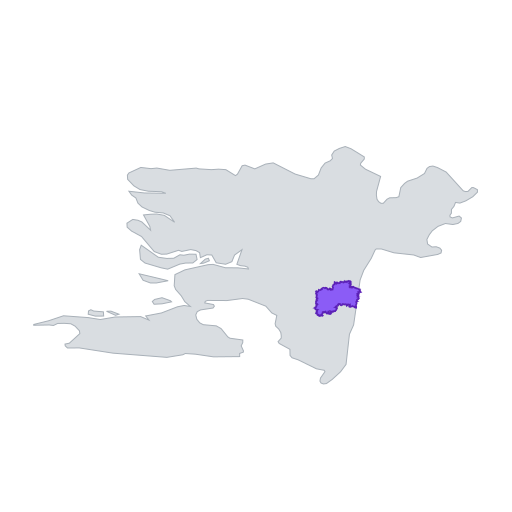 Netrakona, Dhaka, Bangladesh shown in context, rotated 100°
{"feature_id": "16705992B47191620994273", "entity_name": "Netrakona", "entity_type": "district", "adm_level": 2, "iso_a3": "BGD", "parent_name": "Bangladesh", "parent_adm1": "Dhaka", "projection": "equal_earth", "projection_center": [90.87, 24.887], "detail": "fine", "context": "in_parent", "style": "filled", "palette": "violet", "viewbox_px": 512, "rotation_deg": 100, "n_neighbors": 0, "source": "geoboundaries", "source_scale": "gbopen_adm2", "svg_char_len": 9621}
<svg xmlns="http://www.w3.org/2000/svg" viewBox="0 0 512 512"><g transform="rotate(100 256 256)"><path d="M186.6,368.9L186.6,355.8L179.8,330.1L180.1,327.3L178.7,314.9L177.0,308.0L176.2,300.7L180.4,290.2L178.7,288.5L169.5,285.3L168.4,282.6L170.4,272.3L163.8,262.5L161.3,255.2L168.5,231.7L170.4,215.4L169.9,212.3L165.5,208.6L157.9,207.1L152.5,204.1L149.4,199.5L146.7,197.6L143.4,199.0L139.1,197.2L135.6,192.6L132.7,187.1L133.9,181.0L139.6,166.6L141.7,166.2L146.5,169.0L148.3,169.0L151.5,163.3L156.0,147.1L171.5,148.5L175.2,148.0L179.1,146.7L181.2,144.7L182.4,142.1L182.0,139.8L177.3,136.8L175.5,134.5L174.2,128.1L172.8,125.6L163.5,125.3L158.7,122.3L156.0,119.7L151.3,110.9L145.5,104.4L140.0,102.8L137.8,100.7L136.7,97.4L137.4,92.6L140.3,83.3L155.8,63.3L156.2,61.0L155.6,58.5L151.1,55.3L150.9,53.7L152.2,49.5L154.7,49.0L160.0,52.8L165.3,59.0L168.5,64.4L168.6,68.8L172.8,69.7L176.2,71.6L179.9,71.0L182.2,72.1L183.8,71.7L184.4,69.2L181.4,62.9L182.9,60.3L186.4,60.4L188.9,62.8L190.8,67.6L191.1,75.1L195.2,81.9L200.6,86.8L204.9,89.0L210.0,90.6L214.4,89.1L216.6,84.3L215.6,80.1L216.3,76.3L218.1,74.2L220.9,74.3L222.9,77.3L228.9,93.6L227.6,100.8L228.9,120.7L227.3,133.8L228.2,138.8L229.3,139.7L238.3,142.1L251.4,147.4L261.5,149.3L306.9,147.9L316.8,150.4L347.1,148.5L355.3,152.6L364.3,159.5L369.4,164.5L370.3,167.4L369.8,169.9L368.1,171.3L365.0,171.3L357.9,168.0L356.7,169.0L356.6,176.9L350.9,196.6L350.0,202.8L348.0,205.2L342.0,206.4L338.1,218.0L336.5,219.4L332.5,216.9L330.1,217.3L327.0,218.3L323.9,221.0L321.8,224.3L319.4,225.4L310.9,225.2L309.3,230.6L303.7,237.6L299.9,256.2L300.2,261.9L304.9,276.8L308.2,296.1L309.5,298.1L311.1,298.3L311.2,289.4L312.7,288.3L314.7,289.3L318.7,301.2L321.0,304.2L324.5,305.1L328.6,303.3L331.6,299.8L332.8,296.0L331.7,283.0L333.6,277.7L340.5,269.8L341.5,267.4L341.0,254.4L343.6,254.0L347.1,255.0L351.6,251.9L352.9,251.8L354.8,255.2L357.9,254.6L362.7,280.4L363.2,298.6L364.3,308.7L366.0,311.0L371.3,326.2L376.5,379.9L377.2,414.0L379.3,425.7L377.6,428.3L375.9,428.8L374.3,424.7L363.0,416.0L360.3,416.9L356.5,422.0L354.9,426.6L355.6,433.2L356.9,439.7L359.6,443.4L359.8,447.5L362.8,462.9L362.0,463.0L355.8,449.0L348.3,435.2L345.8,410.5L345.6,398.3L340.5,384.0L335.7,359.1L337.7,350.3L334.2,354.2L328.5,339.2L319.7,324.6L317.2,318.2L317.1,311.9L313.3,318.2L308.2,322.7L302.9,329.3L299.5,331.4L288.4,332.6L282.0,323.6L272.9,301.8L271.7,296.8L272.9,284.0L270.8,271.9L270.1,261.2L268.5,262.1L267.9,265.1L268.2,269.6L267.5,273.4L252.2,270.9L258.8,277.3L265.8,278.8L269.4,284.5L269.6,294.0L262.7,299.7L263.3,304.6L267.3,310.5L262.5,312.1L261.1,316.0L261.0,321.4L264.4,329.9L263.8,333.2L269.6,344.2L270.7,349.5L269.3,357.0L256.7,372.1L253.1,382.8L250.0,387.9L246.1,388.8L241.4,383.7L241.3,378.5L242.3,374.3L248.9,364.3L245.3,365.7L235.1,373.9L233.2,367.2L231.9,361.0L231.9,353.4L236.9,342.0L231.3,347.7L229.7,354.8L230.4,363.1L229.7,369.0L227.5,376.8L224.5,381.4L219.7,384.4L217.6,389.0L214.3,392.4L213.3,376.8L209.9,355.7L209.1,360.2L210.9,373.3L210.7,381.8L208.1,388.5L202.8,395.7L198.7,396.7L196.3,395.6L188.8,384.8L188.2,374.5L186.6,368.9ZM279.4,369.2L270.0,371.7L265.3,370.9L274.2,352.0L273.9,343.5L272.5,336.6L268.0,331.1L267.8,327.2L265.7,321.8L264.7,315.4L269.7,313.4L273.8,317.0L275.2,324.2L277.2,329.6L284.3,340.7L284.1,347.4L282.2,364.1L279.4,369.2ZM299.5,363.0L293.8,368.0L295.6,338.2L299.8,349.3L300.9,355.2L299.5,363.0ZM321.2,348.0L318.8,350.2L316.4,348.3L313.4,341.3L314.9,332.5L315.8,331.2L319.4,340.2L321.2,348.0ZM342.5,411.1L339.2,411.4L337.6,409.3L338.4,406.3L337.5,396.6L341.6,395.6L343.1,403.8L342.5,411.1ZM338.8,384.0L336.4,393.6L335.5,389.3L337.1,380.9L338.8,384.0ZM272.1,306.3L273.1,309.4L267.9,305.4L266.5,302.5L268.8,301.1L272.1,306.3Z" fill="#d9dde1" stroke="#a8b0b8" stroke-width="1"/><path d="M301.7,186.8L301.9,186.6L302.2,186.8L302.5,185.3L303.0,185.3L303.3,185.4L303.5,185.2L303.7,184.3L303.1,184.1L303.2,183.7L303.7,183.9L304.0,183.7L304.2,183.4L304.1,182.5L303.6,182.4L303.0,181.8L303.4,181.4L303.5,180.2L303.3,180.0L303.1,179.9L303.0,180.5L302.6,181.0L302.3,180.9L302.3,181.3L301.9,180.9L301.8,181.1L300.9,180.2L300.3,180.1L300.0,180.7L299.8,180.7L299.7,180.1L298.8,180.2L299.4,179.8L299.3,179.4L299.1,178.9L299.1,178.6L299.3,178.6L299.6,179.0L299.7,178.9L299.8,178.5L299.6,178.3L299.4,178.6L299.2,178.0L298.7,178.1L298.5,177.8L299.3,177.2L299.7,177.3L299.8,176.9L300.1,176.6L300.1,176.2L300.4,176.2L300.3,175.4L299.8,175.4L300.0,174.7L300.4,174.1L300.4,172.9L300.0,172.7L300.0,172.4L299.7,172.4L299.4,172.1L298.9,173.0L299.3,173.4L299.4,174.1L299.2,174.2L298.9,174.7L299.0,175.2L298.2,175.3L298.2,174.8L297.5,174.3L297.3,173.6L297.7,172.1L298.2,171.9L297.9,171.6L297.9,171.3L297.7,171.5L297.3,171.4L297.1,170.5L296.8,170.3L296.8,169.8L297.0,170.0L297.1,169.7L296.7,168.8L296.5,168.7L296.5,168.4L296.0,168.5L295.9,168.2L295.5,167.7L294.9,167.7L294.5,167.4L294.1,167.6L293.9,167.5L293.6,167.1L293.3,167.3L293.4,167.7L292.9,168.3L292.8,168.9L292.6,168.5L292.2,168.7L292.1,168.4L292.4,168.3L292.1,168.1L292.1,167.8L291.6,168.2L291.2,168.2L291.1,167.1L290.9,166.7L290.2,166.4L289.8,166.5L289.7,166.4L289.4,166.9L288.8,166.3L289.0,165.9L288.9,164.8L288.6,165.1L288.6,164.8L289.3,164.7L289.7,164.2L289.9,163.5L289.5,163.2L289.2,162.5L288.5,162.6L288.5,162.3L288.3,162.3L288.4,161.8L288.1,161.5L288.2,161.0L288.5,161.0L288.5,160.2L288.2,160.2L287.9,159.9L287.8,159.1L288.0,158.5L288.7,158.1L289.0,158.3L289.4,158.0L288.8,157.6L288.7,157.3L287.7,157.3L287.5,156.5L287.6,156.2L287.9,155.9L287.7,155.3L287.4,155.0L288.3,154.7L289.0,155.5L289.3,155.3L289.7,155.5L289.9,155.2L289.7,154.8L289.6,154.2L289.8,153.9L289.7,153.7L289.1,153.3L288.5,152.4L288.9,152.0L288.9,151.3L288.7,151.1L288.8,150.9L288.6,150.8L288.7,149.9L289.0,150.0L289.3,149.5L289.5,149.6L289.5,149.3L289.7,149.1L289.3,148.6L289.4,148.3L288.6,148.4L288.4,148.6L287.4,149.0L286.2,149.0L285.8,148.7L285.1,148.7L284.5,149.2L284.2,149.1L284.0,149.3L283.8,149.1L283.8,149.3L283.3,149.3L283.0,149.2L282.9,148.8L282.8,149.1L282.6,149.1L281.7,148.9L281.5,148.6L281.4,148.9L281.0,148.7L280.9,148.2L280.6,148.1L280.4,147.6L279.8,147.8L279.6,147.3L278.7,147.9L278.5,148.3L278.5,148.6L278.3,148.4L277.9,148.9L277.6,148.7L277.5,148.4L277.4,148.7L277.1,148.6L277.1,149.0L277.3,148.8L277.6,149.0L277.4,149.3L277.2,149.3L277.1,149.5L276.7,149.3L276.7,148.9L276.3,148.9L276.1,148.6L275.9,148.6L275.7,149.1L275.4,148.8L275.2,149.4L274.8,148.8L274.4,148.8L274.3,148.5L274.6,148.1L274.0,148.2L273.7,148.7L273.3,146.9L273.5,146.5L273.4,146.4L273.1,147.3L272.6,146.6L272.8,147.1L272.7,147.6L272.2,147.5L272.2,148.1L271.8,148.0L271.4,148.3L271.1,148.1L270.8,147.9L270.7,148.5L270.9,149.2L270.6,149.7L270.6,150.2L270.3,150.5L270.6,151.3L270.2,151.7L270.4,151.9L270.2,152.1L270.1,152.4L270.2,152.6L270.0,152.8L270.2,153.2L269.9,153.5L270.0,153.9L269.3,154.6L269.8,155.1L269.5,155.3L269.4,156.4L269.8,155.9L269.7,155.7L269.9,155.5L270.1,155.4L270.4,155.5L270.4,155.9L270.3,156.1L270.3,155.9L270.2,156.1L270.5,156.3L270.7,156.7L270.3,156.9L270.4,157.1L270.2,157.5L270.2,157.9L270.4,158.1L270.1,158.2L270.4,158.4L270.3,158.6L269.8,158.5L269.5,158.1L269.2,158.6L268.6,158.0L268.1,158.1L267.3,157.6L267.1,158.2L266.6,158.0L266.4,158.2L266.5,158.6L267.2,158.9L267.1,159.4L266.7,159.7L266.4,159.4L266.0,158.4L265.6,158.8L265.3,158.4L265.1,159.3L264.9,158.3L264.7,158.3L264.4,158.6L264.4,159.2L264.6,159.0L264.9,159.3L264.4,159.8L264.3,160.3L264.8,160.4L264.8,160.7L265.0,160.9L264.9,161.6L265.3,161.5L265.4,162.1L265.9,162.1L265.6,162.6L265.4,164.0L265.5,164.1L265.6,164.4L266.0,164.2L266.2,163.9L266.3,164.4L266.0,164.6L266.5,164.7L266.7,165.0L267.0,165.1L267.0,165.3L266.8,165.3L266.5,165.7L266.5,166.5L266.9,167.2L266.7,167.3L266.8,167.7L266.4,168.0L266.5,168.3L266.9,168.7L267.3,168.6L267.6,168.8L267.9,168.6L268.3,168.7L268.2,169.3L268.5,169.6L268.3,169.8L268.3,170.4L268.5,170.8L268.3,170.8L268.4,171.2L267.9,171.4L267.8,171.7L268.2,171.9L268.4,171.8L268.6,172.0L268.9,171.6L269.4,171.8L269.3,172.3L269.2,172.2L268.8,173.1L268.1,173.6L268.0,174.0L268.4,173.9L268.9,173.2L269.0,173.4L269.0,174.0L269.7,173.9L270.0,174.1L270.4,173.8L270.6,174.4L271.1,174.6L271.3,175.1L272.1,174.9L272.6,175.4L273.7,174.9L273.8,174.6L274.1,174.7L275.0,174.6L275.3,174.8L275.8,174.7L275.9,175.0L275.6,175.7L276.3,176.0L276.5,176.3L276.5,176.6L276.3,176.9L275.8,177.1L275.7,176.7L275.2,176.6L275.1,176.8L275.2,177.5L275.1,177.8L276.1,178.2L276.1,178.9L276.5,178.9L276.6,179.7L276.3,180.0L275.8,179.8L275.4,180.8L275.1,180.9L275.1,181.9L275.6,181.9L275.8,182.4L275.6,182.5L275.7,182.8L275.5,183.1L275.4,183.8L275.5,184.3L276.5,185.5L276.9,185.3L276.9,185.6L277.5,185.6L277.6,186.4L278.4,186.4L278.6,187.1L278.3,188.3L279.2,188.4L279.4,188.2L279.4,187.9L279.7,188.5L280.3,188.6L280.4,189.4L280.0,190.2L280.1,190.4L280.4,190.2L280.2,190.6L280.4,190.8L280.6,190.5L281.1,190.3L280.9,190.0L281.4,190.4L281.5,190.3L281.5,190.0L281.8,189.9L282.1,190.3L282.8,190.5L282.9,190.1L283.3,189.7L283.2,189.5L283.3,189.3L283.7,189.1L284.0,189.1L284.0,189.5L284.9,189.6L285.0,189.1L285.9,189.2L286.2,189.1L286.4,189.4L286.8,189.0L286.8,188.1L287.4,187.9L287.7,188.2L287.7,188.6L288.0,188.9L288.3,188.7L288.8,188.9L289.3,188.2L289.5,188.7L290.1,189.1L290.5,188.7L290.9,189.0L291.5,188.9L291.8,188.6L292.3,188.8L292.4,188.6L292.5,187.4L292.9,186.9L293.5,187.3L293.2,187.7L293.3,188.3L293.7,188.3L294.1,188.0L294.4,188.1L294.7,187.8L295.2,187.7L295.8,188.4L296.2,188.7L296.3,188.9L296.5,188.9L296.5,189.1L296.6,188.7L296.9,189.1L296.9,188.5L297.6,188.6L297.8,188.3L298.2,188.3L298.5,187.6L298.1,187.0L298.2,186.1L298.6,186.6L299.0,186.3L299.1,186.5L299.5,186.3L300.0,186.8L300.6,186.0L301.1,186.5L301.5,186.3L301.7,186.8Z" fill="#8b5cf6" stroke="#5b21b6" stroke-width="1.5"/></g></svg>